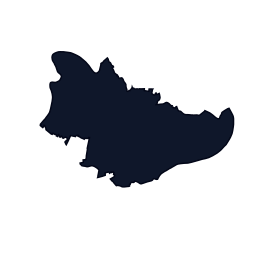 Kien Xuong, Thái Bình, Vietnam (Mercator projection), rotated 293°
{"feature_id": "81297802B82663613485319", "entity_name": "Kien Xuong", "entity_type": "district", "adm_level": 2, "iso_a3": "VNM", "parent_name": "Vietnam", "parent_adm1": "Thái Bình", "projection": "mercator", "projection_center": [106.429, 20.397], "detail": "fine", "context": "isolated", "style": "filled", "palette": "ink", "viewbox_px": 256, "rotation_deg": 293, "n_neighbors": 0, "source": "geoboundaries", "source_scale": "gbopen_adm2", "svg_char_len": 5688}
<svg xmlns="http://www.w3.org/2000/svg" viewBox="0 0 256 256"><g transform="rotate(293 128 128)"><path d="M97.2,45.9L96.8,46.7L96.0,46.4L95.6,47.6L95.1,49.4L95.8,49.6L97.7,49.6L97.7,50.2L94.9,53.3L94.4,53.2L92.4,59.9L92.6,60.1L93.5,60.3L93.6,60.5L93.0,61.1L93.9,61.5L93.5,63.1L93.9,63.7L93.9,64.2L93.8,64.6L93.6,64.8L92.8,65.0L92.7,66.6L93.5,66.6L94.3,66.3L95.0,66.8L94.9,67.1L94.5,67.4L93.3,68.5L93.1,68.7L93.0,69.1L94.3,69.8L94.5,69.9L94.6,70.1L94.6,70.3L94.5,70.5L93.8,71.1L93.4,71.5L93.3,71.9L93.4,72.3L93.5,72.7L94.1,73.0L94.6,73.4L95.1,74.1L95.2,74.4L95.2,75.3L94.9,75.7L94.6,76.1L94.0,76.4L93.5,76.6L93.1,76.6L92.8,76.5L91.3,75.6L90.9,75.5L90.4,75.5L89.6,76.4L88.8,77.2L88.5,77.7L91.7,77.9L94.3,78.0L98.6,78.1L99.6,83.0L100.6,83.1L101.1,83.7L101.6,84.6L101.8,85.0L101.7,85.5L100.9,85.4L101.0,86.6L100.9,87.0L100.8,88.1L100.5,89.0L100.7,89.5L100.6,91.8L101.1,91.6L101.2,92.2L101.6,92.2L101.6,92.3L102.4,94.2L102.8,95.4L103.9,95.5L104.1,95.9L104.2,96.3L103.4,96.5L93.5,98.4L93.5,98.7L93.0,98.8L92.1,99.1L85.9,100.6L84.7,101.1L84.3,101.2L83.1,101.4L82.3,101.4L81.1,99.2L78.9,100.3L77.0,97.6L76.1,98.2L76.0,98.8L75.5,99.7L75.3,100.1L75.5,101.5L76.0,103.3L76.3,105.1L76.5,105.7L76.9,106.4L78.6,108.5L79.0,109.1L79.4,110.2L79.5,110.8L79.5,112.0L79.4,113.2L79.1,114.9L78.5,116.8L78.2,117.3L77.5,118.0L75.9,118.2L75.3,118.4L72.3,119.0L71.6,119.3L70.6,119.4L71.1,120.1L73.6,123.3L75.6,125.5L77.8,124.5L80.0,127.4L79.2,128.8L80.9,129.5L80.6,130.4L81.6,130.9L81.7,131.6L81.4,131.7L81.4,132.2L81.4,132.4L81.2,132.5L79.6,132.9L79.5,134.1L77.6,134.3L74.2,131.7L73.7,132.7L73.0,134.0L72.9,135.2L72.3,135.9L70.7,139.1L70.4,139.8L70.8,140.4L71.1,140.7L71.5,142.4L71.6,142.9L71.7,144.4L71.6,145.1L71.6,145.5L71.9,146.5L72.6,148.0L73.9,150.3L74.6,151.6L75.1,152.1L75.4,152.1L76.6,151.4L77.1,152.0L77.6,151.8L79.2,152.3L79.4,152.4L79.5,152.6L79.9,154.1L80.3,154.6L80.6,154.8L81.2,155.0L81.8,155.0L82.1,156.9L82.0,158.6L81.6,160.7L81.6,161.3L81.8,161.9L82.0,162.2L83.1,163.5L84.0,164.5L85.9,166.6L88.4,169.9L88.8,170.3L89.5,170.8L89.8,170.9L91.0,171.2L91.4,171.4L91.6,171.9L91.8,174.1L92.4,175.2L94.0,175.3L96.4,175.6L98.9,176.4L99.7,176.9L102.3,178.6L103.7,179.8L106.6,181.8L108.5,183.4L109.4,184.0L111.6,185.7L112.5,186.3L113.6,187.2L114.4,188.1L115.8,190.3L117.5,193.4L119.2,196.9L121.3,199.8L125.6,205.2L128.3,208.5L130.1,211.1L132.4,213.9L135.6,216.7L140.0,219.9L141.3,220.6L143.5,221.8L145.0,222.4L148.7,223.7L151.0,224.7L153.5,225.1L157.5,225.7L159.8,225.9L163.4,225.9L166.3,225.4L167.9,225.0L170.6,224.3L172.6,223.7L177.6,221.6L178.5,221.1L179.3,220.6L180.5,219.6L182.6,217.1L185.6,213.3L184.6,212.2L181.7,210.1L179.3,208.6L178.3,208.4L177.2,208.8L176.8,208.7L176.0,208.4L174.8,208.3L172.7,208.5L172.2,208.2L171.9,207.9L171.7,207.6L171.6,206.7L171.6,206.0L171.8,204.8L172.2,203.4L173.0,200.9L173.7,198.0L173.8,197.3L173.9,195.3L174.0,192.0L173.4,192.0L167.4,188.7L166.9,186.3L166.5,185.5L165.3,183.0L165.3,182.7L164.7,181.2L163.9,178.6L162.8,175.8L162.6,174.7L162.7,173.5L163.0,172.4L163.7,170.5L163.9,169.9L163.8,169.4L163.6,168.4L163.7,167.6L163.8,167.3L164.1,166.9L165.7,165.3L166.7,164.4L166.4,164.0L166.2,163.9L165.2,163.6L164.7,163.6L164.6,162.1L164.7,161.7L164.3,161.6L164.4,161.3L164.8,160.1L165.7,160.0L165.5,159.3L165.6,158.4L165.9,157.5L166.1,157.0L166.3,156.7L166.5,155.9L166.7,155.0L166.7,154.3L166.6,153.6L166.3,153.1L166.0,152.8L164.1,151.3L163.3,150.1L162.6,148.6L161.4,146.6L160.6,144.8L162.3,145.1L162.9,145.0L163.5,144.8L164.0,144.7L164.6,144.9L166.0,145.7L166.3,145.8L167.2,145.8L167.9,145.7L168.7,145.5L171.0,144.0L172.0,143.2L170.1,141.5L171.2,140.1L170.5,139.7L169.9,140.4L169.1,139.7L168.4,139.0L168.8,137.3L168.9,136.8L169.1,136.6L169.7,136.2L170.1,136.1L172.8,135.5L173.1,135.5L173.5,135.6L173.2,134.7L172.1,132.2L169.9,132.9L169.1,129.9L168.8,128.4L170.5,127.7L169.0,124.6L168.6,123.3L167.7,122.1L167.6,121.0L167.1,120.4L166.6,119.1L166.5,118.8L166.6,118.3L166.9,117.7L166.1,117.0L166.8,116.3L167.2,115.9L166.8,116.0L165.8,115.9L163.2,115.2L163.1,114.6L163.0,114.4L162.0,114.0L161.9,113.9L161.5,113.1L161.5,112.7L161.7,112.4L162.9,111.9L163.2,111.7L164.1,110.8L164.6,110.4L165.9,109.6L166.9,109.2L167.2,109.0L168.0,108.1L168.9,106.5L169.3,105.9L170.9,104.4L171.6,103.2L171.7,102.7L171.4,102.1L170.7,101.1L170.5,100.6L170.5,100.0L170.7,99.6L170.8,99.5L171.1,99.2L171.6,99.0L171.8,98.8L171.8,98.2L171.7,97.9L171.6,97.6L171.9,97.4L172.3,97.7L172.6,97.5L172.9,95.7L173.4,93.9L173.6,93.9L173.8,93.6L174.4,93.2L174.8,92.8L175.7,91.9L177.2,89.9L178.5,90.8L179.0,90.4L179.2,90.0L179.2,88.9L179.3,88.5L181.1,86.4L181.3,85.9L181.3,85.0L181.7,84.5L182.6,83.6L183.1,83.2L183.6,82.9L184.4,81.6L182.5,80.7L180.3,79.6L179.6,79.4L178.6,79.3L178.0,78.6L177.5,78.8L176.8,77.9L175.6,78.3L174.8,78.5L172.9,78.8L170.5,79.2L170.0,79.3L168.9,79.2L167.8,78.8L166.9,78.3L166.2,77.6L165.8,76.7L165.8,76.2L165.8,75.4L166.0,74.8L166.3,73.9L168.0,70.9L170.1,67.6L172.2,63.2L173.4,59.5L173.7,58.4L174.0,57.6L174.5,55.5L174.8,52.9L174.9,50.4L174.9,47.1L174.8,45.8L174.2,43.4L172.9,38.8L171.8,36.1L171.1,34.6L170.3,33.5L169.3,32.4L168.0,31.2L166.8,30.4L165.9,30.1L165.5,30.1L164.8,30.1L163.5,30.4L161.9,31.3L160.9,32.0L159.9,33.2L159.0,34.6L157.7,35.9L157.3,36.5L156.2,37.8L153.7,40.0L153.0,40.6L152.3,41.3L151.8,42.3L151.1,44.6L150.8,45.2L150.4,45.8L149.8,46.4L149.5,46.6L149.1,46.7L147.5,46.8L145.6,46.6L144.7,46.3L143.6,45.5L142.4,44.4L141.9,43.9L141.6,43.4L141.4,43.0L140.6,40.4L140.4,40.0L139.7,39.2L139.4,39.0L139.0,39.0L138.5,39.0L137.3,39.3L135.4,40.2L134.6,40.7L132.4,42.9L130.5,44.4L129.2,45.3L127.1,46.5L125.7,47.0L122.9,47.8L115.4,49.3L112.4,49.7L111.4,49.7L110.4,49.6L107.5,49.0L105.7,48.5L104.4,48.3L102.0,47.4L97.2,45.9Z" fill="#0f172a" stroke="#020617" stroke-width="1.5"/></g></svg>